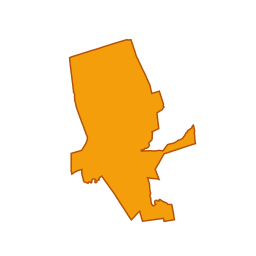 the district of Bulbucata, Giurgiu, Romania, rotated 119°
{"feature_id": "2599482B12854279400652", "entity_name": "Bulbucata", "entity_type": "district", "adm_level": 2, "iso_a3": "ROU", "parent_name": "Romania", "parent_adm1": "Giurgiu", "projection": "mercator", "projection_center": [25.811, 44.28], "detail": "fine", "context": "isolated", "style": "filled", "palette": "amber", "viewbox_px": 256, "rotation_deg": 119, "n_neighbors": 0, "source": "geoboundaries", "source_scale": "gbopen_adm2", "svg_char_len": 5492}
<svg xmlns="http://www.w3.org/2000/svg" viewBox="0 0 256 256"><g transform="rotate(119 128 128)"><path d="M80.6,118.5L86.3,123.9L79.8,129.7L78.1,132.1L71.9,140.3L69.6,143.8L65.8,148.9L64.4,150.9L63.7,151.9L63.3,152.3L62.1,154.3L61.5,155.0L60.4,156.4L59.1,157.7L58.0,158.8L56.5,160.4L54.8,162.3L54.1,163.0L52.6,164.7L49.6,167.9L49.4,168.0L49.6,168.6L50.3,169.5L51.2,170.8L51.2,171.0L51.2,171.7L51.3,171.8L52.4,172.9L54.6,175.1L56.8,177.2L58.8,179.2L61.5,181.8L62.9,183.1L66.4,186.4L69.3,189.2L71.4,191.1L73.6,193.1L74.8,194.3L77.4,196.9L93.5,212.2L93.8,212.4L94.8,213.1L95.1,213.1L95.6,212.6L96.9,211.8L100.9,209.0L105.8,205.5L108.1,203.8L117.5,196.9L121.4,194.1L121.6,193.9L122.8,193.2L122.7,193.1L124.9,190.7L125.3,190.5L126.2,190.1L127.1,189.6L127.6,189.3L128.0,189.0L129.0,188.3L129.6,188.1L130.0,187.7L131.8,185.8L132.5,185.2L133.9,184.1L134.4,183.8L135.0,183.0L137.8,179.9L145.3,171.3L147.9,168.1L149.1,166.8L155.9,158.9L158.8,157.7L162.2,157.4L166.4,157.5L166.6,157.6L169.9,157.7L170.1,157.8L170.3,158.0L177.8,165.4L182.4,162.8L192.9,157.0L195.6,154.8L192.5,153.1L189.8,151.4L186.7,148.3L190.0,146.4L190.3,146.4L190.9,145.8L195.1,141.7L195.4,141.7L195.8,141.4L196.2,140.7L196.3,140.1L195.7,136.1L195.2,136.2L194.4,136.1L193.9,135.8L193.6,135.5L193.6,135.1L193.8,134.6L194.0,134.1L193.9,133.7L193.7,133.5L193.4,133.4L193.1,133.4L192.5,133.7L190.9,134.2L190.4,134.3L190.0,134.2L189.7,133.9L189.2,133.2L188.9,132.5L188.8,131.9L189.2,131.4L189.6,131.3L190.4,131.3L191.0,131.0L191.5,130.6L191.7,130.1L191.5,129.8L191.1,129.3L190.5,129.1L189.9,129.2L189.2,129.5L188.7,129.6L188.3,129.3L188.1,129.0L187.9,128.4L187.7,128.2L187.3,128.2L187.0,128.4L186.5,128.8L186.0,128.9L185.4,128.7L184.4,128.4L182.8,127.6L183.0,127.3L192.9,106.4L193.2,106.1L194.8,103.1L196.6,99.9L200.6,92.3L203.0,87.8L204.5,85.2L206.6,80.8L206.7,80.5L205.7,80.3L202.2,79.3L199.0,78.6L196.9,78.1L195.1,77.5L195.2,77.4L195.4,77.2L196.2,76.5L198.0,74.7L199.1,73.5L199.6,73.1L201.0,71.7L201.5,71.1L202.3,70.3L202.5,70.1L189.9,53.2L192.2,51.2L190.3,48.7L187.2,44.8L186.0,43.3L185.7,42.9L184.8,43.7L184.6,43.9L184.1,44.3L183.6,44.6L182.5,45.5L182.1,45.7L181.1,46.5L173.8,52.6L173.9,53.0L174.0,53.4L174.1,53.7L174.2,53.9L174.7,54.5L175.0,55.1L175.2,55.4L175.4,55.7L175.4,56.1L175.3,56.4L175.3,56.5L175.1,57.1L175.0,57.6L174.9,58.1L174.8,58.5L174.9,58.9L175.0,59.2L175.1,59.6L175.2,60.1L175.2,60.3L175.2,60.5L175.3,60.8L175.2,61.1L175.2,61.5L175.3,62.7L175.3,63.2L175.3,63.6L175.2,64.0L175.1,64.4L175.0,64.9L175.0,65.2L175.0,65.4L175.1,65.6L175.4,65.9L175.7,66.0L175.8,66.0L176.3,65.6L176.5,65.5L176.9,65.9L177.2,66.3L177.3,66.7L177.3,67.3L177.4,67.7L177.4,68.0L177.5,68.2L177.6,68.4L177.8,68.6L178.5,69.0L179.0,69.1L179.7,68.8L180.3,68.4L180.6,68.2L180.8,67.8L181.1,67.0L181.3,66.7L183.9,68.1L183.9,68.4L183.9,68.6L183.7,68.8L183.4,69.6L183.3,69.9L183.2,70.1L183.2,70.4L183.1,70.5L182.9,70.8L182.4,71.3L181.9,71.5L181.3,72.1L180.6,72.6L180.1,73.2L179.6,73.4L179.2,73.5L178.8,73.7L178.2,74.3L177.7,75.1L177.2,75.6L177.0,75.8L176.3,76.1L175.7,76.3L175.2,76.3L174.4,76.5L173.9,76.7L173.7,76.9L173.2,77.4L172.3,78.4L171.8,78.8L171.1,79.2L170.3,79.7L169.7,80.2L169.3,80.4L168.7,80.6L168.3,80.9L167.6,81.4L166.6,82.2L165.2,83.5L164.4,84.2L163.3,85.2L163.3,85.3L162.0,86.8L161.8,86.2L160.9,83.6L160.2,81.9L159.8,81.0L159.4,80.3L159.2,79.8L158.8,79.0L158.6,78.5L158.5,78.0L158.3,77.4L158.1,77.1L158.0,76.7L157.9,75.9L157.3,76.6L157.1,76.9L155.7,78.6L150.9,84.2L145.3,84.1L143.5,84.0L142.8,84.0L140.1,84.0L138.1,84.0L136.0,84.0L133.0,83.9L131.0,82.0L129.0,80.1L128.1,79.3L127.6,78.7L125.8,77.2L124.9,76.3L124.0,75.4L122.8,74.4L116.6,68.7L113.7,66.0L110.8,63.3L108.9,61.4L107.6,62.5L105.7,64.0L102.3,66.0L99.9,67.8L99.2,67.8L98.7,68.1L98.1,68.5L97.6,68.8L97.3,69.1L97.1,69.3L96.7,69.7L94.7,71.4L93.9,72.0L93.8,72.3L94.4,72.4L95.8,72.6L96.1,72.6L96.8,72.3L97.0,72.3L98.6,73.1L98.8,73.1L100.2,73.9L100.8,74.2L101.1,74.3L101.3,74.4L101.5,74.4L101.8,74.3L102.1,74.3L102.5,74.4L104.6,74.9L105.3,74.9L106.1,74.8L106.4,74.7L106.7,74.7L106.9,74.7L107.1,74.7L107.8,74.9L108.3,75.0L109.3,75.1L110.1,75.2L110.7,75.1L110.9,75.2L111.0,75.3L111.4,75.6L111.6,75.8L112.5,76.5L113.0,76.8L113.6,77.2L114.3,78.1L114.7,78.3L115.3,78.5L117.8,79.8L118.6,80.4L119.4,81.0L119.7,81.4L121.2,83.1L122.5,84.5L122.9,84.9L123.4,85.3L124.0,85.5L125.6,85.7L126.2,85.8L127.4,85.9L128.3,86.0L129.1,86.1L130.3,86.2L130.6,86.3L130.8,86.4L131.0,86.5L131.5,87.6L131.8,88.1L131.9,88.4L132.2,89.2L132.5,89.8L132.7,90.2L134.2,92.2L135.1,93.5L135.7,94.1L136.0,95.1L136.3,95.9L136.6,96.7L136.7,96.9L137.5,98.2L139.1,100.8L140.1,102.4L141.0,103.7L141.6,104.6L141.6,105.2L141.5,105.5L140.9,105.6L140.4,105.3L140.1,105.1L139.9,104.8L139.8,104.6L139.8,104.4L139.8,104.2L139.7,103.7L139.0,103.5L138.2,103.6L137.8,103.4L137.5,103.0L137.0,102.3L136.6,101.9L136.1,101.5L135.1,101.0L134.8,101.0L134.2,100.9L133.1,100.9L132.6,101.0L132.3,101.3L131.8,102.0L131.4,102.4L130.9,102.5L130.5,102.4L129.9,102.3L129.2,102.1L128.6,101.9L128.0,101.7L127.2,101.5L126.4,101.5L125.2,101.9L124.7,102.1L124.4,102.3L124.1,102.5L123.8,102.7L123.5,102.8L123.1,103.0L122.8,103.2L122.6,103.3L121.8,103.6L121.2,103.9L120.3,104.2L120.4,104.5L119.8,105.2L113.6,100.8L111.5,102.3L108.8,104.3L104.5,107.4L102.9,108.5L102.2,109.0L101.2,109.8L100.9,110.0L100.7,109.9L100.4,109.8L100.0,109.6L99.2,109.2L98.1,108.6L97.3,108.1L96.6,107.7L95.9,107.3L95.6,107.1L95.3,107.0L94.8,106.9L94.4,106.9L93.7,107.0L92.9,106.9L92.2,106.7L91.7,107.8L90.0,108.5L80.6,118.5Z" fill="#f59e0b" stroke="#b45309" stroke-width="1.5"/></g></svg>